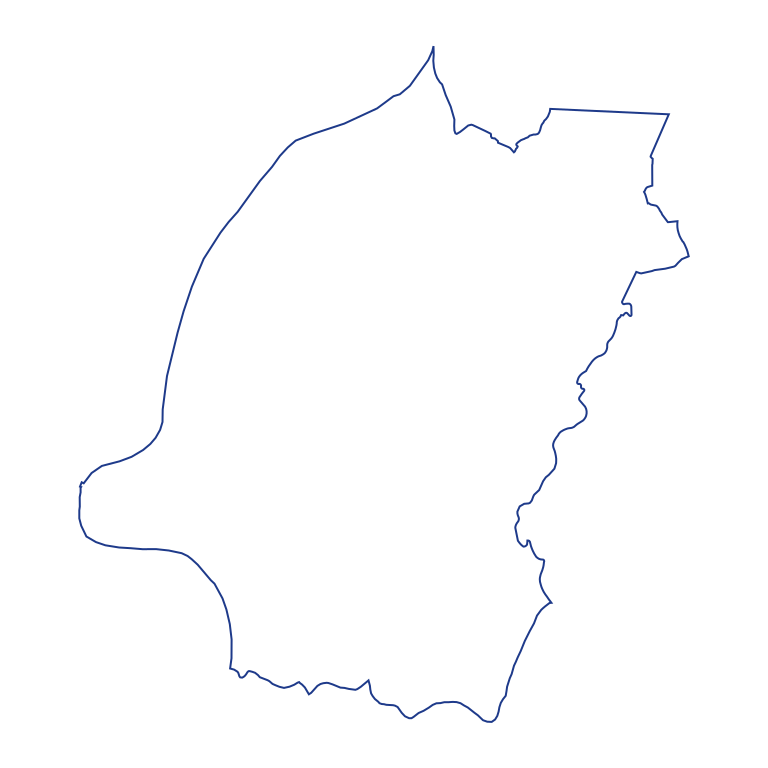 Cicuco, Bolívar, Colombia (Robinson projection)
{"feature_id": "7082276B7250300282061", "entity_name": "Cicuco", "entity_type": "district", "adm_level": 2, "iso_a3": "COL", "parent_name": "Colombia", "parent_adm1": "Bolívar", "projection": "robinson", "projection_center": [-74.658, 9.237], "detail": "fine", "context": "isolated", "style": "outline", "palette": "blue", "viewbox_px": 768, "rotation_deg": 0, "n_neighbors": 0, "source": "geoboundaries", "source_scale": "gbopen_adm2", "svg_char_len": 6087}
<svg xmlns="http://www.w3.org/2000/svg" viewBox="0 0 768 768"><path d="M551.4,602.8L548.7,599.2L547.0,596.7L545.3,594.4L543.6,591.7L542.2,588.8L541.4,586.8L540.8,584.8L540.0,581.8L539.8,579.3L539.9,577.8L540.2,576.4L540.7,574.3L542.3,570.2L543.2,567.2L543.6,565.2L544.0,561.9L544.2,561.4L544.1,560.7L544.0,560.3L543.5,559.8L543.1,559.6L540.7,559.4L539.1,558.9L537.6,558.0L536.2,556.8L534.2,553.6L532.7,550.6L531.8,548.4L531.0,546.2L529.9,541.8L529.2,540.9L528.2,540.5L527.4,540.5L527.3,542.5L527.0,544.6L526.6,545.2L525.8,545.9L524.9,546.4L523.9,546.6L523.5,546.6L523.3,546.5L522.0,545.5L520.8,544.4L519.2,542.5L517.9,540.7L515.3,527.8L515.4,526.7L515.9,525.0L516.7,523.4L518.3,521.2L518.6,520.4L518.8,519.6L518.9,518.8L518.8,518.0L518.6,517.2L517.9,515.5L517.6,514.4L517.4,513.3L517.4,511.6L519.7,506.4L524.2,503.8L528.7,503.4L530.0,502.8L531.8,500.5L533.3,496.4L534.2,494.7L539.2,490.0L543.1,481.2L545.8,477.3L548.9,474.8L554.4,468.7L556.1,463.2L556.2,460.6L556.2,458.7L555.8,455.7L555.2,452.9L554.7,451.0L553.6,448.1L553.3,447.1L553.1,445.6L553.2,444.0L553.8,442.0L554.6,440.3L556.3,437.6L558.0,435.4L558.8,433.9L559.5,433.0L560.7,431.8L563.2,430.3L564.6,429.6L567.5,428.5L569.0,428.2L570.9,428.0L571.9,427.8L572.9,427.4L573.8,427.0L574.7,426.3L575.7,425.4L577.3,424.1L582.9,420.6L584.1,419.4L585.4,417.5L586.1,415.9L586.6,413.5L586.6,411.2L586.1,408.8L585.1,406.7L579.6,400.3L579.2,399.5L579.1,398.8L579.2,397.9L579.5,397.2L581.9,393.7L584.1,390.9L584.3,390.3L584.3,389.9L584.2,389.5L583.8,389.0L583.4,388.8L582.7,388.8L582.2,388.7L581.8,388.5L581.4,388.1L581.1,387.6L581.0,387.1L581.0,386.5L581.1,385.8L581.0,385.3L580.8,384.8L580.5,384.4L580.1,384.1L579.7,383.9L578.5,384.0L578.1,383.9L577.4,383.4L577.2,382.7L577.1,382.2L577.9,379.5L578.3,378.3L578.9,377.1L579.6,376.1L580.4,375.1L581.9,373.7L583.3,372.7L586.1,371.0L587.3,368.6L588.8,366.1L592.0,361.6L593.6,359.8L595.4,358.2L597.4,356.9L598.6,356.3L601.1,355.5L602.9,354.5L604.3,353.5L605.0,352.8L605.6,351.9L606.4,350.5L606.9,348.9L607.2,347.3L607.2,344.8L607.3,343.9L607.6,343.0L608.0,342.1L608.5,341.4L611.2,338.6L612.1,337.4L613.0,335.8L614.3,332.7L615.5,329.2L616.4,325.5L616.7,323.7L616.8,322.0L617.2,320.5L617.7,319.6L618.5,318.3L619.6,317.5L620.4,316.6L621.1,315.1L622.2,315.2L623.2,315.4L624.2,314.1L625.0,313.3L625.6,312.9L626.3,312.8L626.7,312.9L627.1,313.1L629.5,315.7L629.9,315.9L630.7,316.0L631.2,315.6L631.4,315.3L631.5,314.9L631.5,314.1L631.3,306.7L631.1,305.7L630.6,304.7L629.9,304.0L629.5,303.8L629.3,303.7L627.1,303.7L625.7,303.8L624.0,304.2L623.5,304.1L622.8,303.7L622.5,303.2L622.1,302.5L622.1,301.6L636.3,271.9L639.7,273.1L641.2,273.4L651.8,271.1L654.6,270.1L665.2,268.7L674.0,266.6L674.9,266.1L675.5,265.7L678.2,262.7L681.9,259.1L688.7,256.3L687.5,251.6L686.7,249.2L685.7,246.9L684.7,244.6L683.3,242.0L682.7,241.6L680.9,238.6L679.6,236.0L678.6,233.1L677.8,230.2L677.4,227.3L677.3,224.2L677.5,221.2L669.0,222.1L667.8,222.1L662.2,214.6L661.3,212.6L660.6,211.6L659.8,210.5L659.4,209.5L658.9,208.6L657.4,206.6L656.5,205.9L655.8,205.6L650.9,204.6L649.7,203.9L648.7,203.2L647.8,203.4L646.7,199.0L645.4,194.7L644.7,193.1L644.0,191.9L644.9,190.7L645.4,189.4L645.9,188.6L646.4,187.9L647.1,187.3L647.4,187.1L652.3,185.6L652.2,164.9L652.5,163.8L652.7,158.8L651.7,158.0L650.6,156.7L650.8,155.8L668.8,114.3L550.2,108.9L549.8,111.8L547.9,116.5L546.0,119.1L544.3,120.7L543.2,122.9L542.7,123.3L541.5,125.2L540.8,127.5L540.1,130.2L539.0,132.7L537.7,134.0L535.6,134.5L533.7,134.5L529.6,135.7L527.9,137.3L525.3,138.3L524.3,138.9L523.1,139.3L520.9,140.2L517.7,142.6L516.6,143.7L516.3,144.3L516.5,145.2L517.0,145.8L517.4,146.1L517.7,146.4L517.4,147.2L517.0,147.9L516.1,148.7L514.9,151.4L513.9,152.3L510.2,148.1L508.5,147.1L498.0,142.7L497.9,141.1L494.7,138.3L493.4,138.3L491.8,137.9L491.0,136.4L491.0,134.6L490.7,133.7L485.1,130.9L472.8,125.1L471.3,124.7L468.2,125.5L463.5,129.3L460.0,132.0L456.7,133.9L455.4,133.3L454.4,130.5L454.2,126.0L454.4,119.5L450.7,106.6L445.7,95.1L442.1,84.4L439.9,82.3L437.1,78.0L435.3,73.5L433.9,67.5L433.3,60.8L433.7,54.9L433.5,46.1L432.3,51.2L428.2,60.2L409.9,85.8L399.8,94.3L393.5,96.2L377.1,108.4L344.3,123.6L313.6,133.7L295.7,140.6L287.8,147.4L279.9,155.9L272.1,166.8L259.9,181.0L237.7,211.8L228.7,221.9L220.5,232.6L203.7,258.8L191.9,286.6L183.6,311.3L177.6,332.6L167.0,376.0L162.7,409.4L162.5,422.0L160.1,429.9L155.6,437.8L150.3,444.0L143.1,450.0L131.6,456.8L119.6,461.3L101.9,465.9L91.6,473.0L83.7,483.3L81.7,482.3L80.0,486.6L81.1,487.0L80.6,487.7L80.6,492.4L79.7,497.1L79.8,506.6L79.3,510.3L79.3,518.4L81.2,525.7L86.4,536.5L96.0,542.1L105.4,545.3L119.1,547.5L130.7,548.2L142.7,549.2L155.9,549.1L168.8,550.5L181.7,553.2L187.6,556.0L191.7,559.2L197.7,564.7L210.8,580.2L214.5,583.7L222.5,598.4L226.4,609.5L229.8,624.1L231.6,639.4L231.5,658.3L230.1,668.5L234.1,669.6L237.6,671.8L237.8,672.3L238.3,672.9L239.4,676.3L240.1,677.3L241.0,677.5L242.2,677.6L243.7,676.8L245.0,675.7L246.1,674.3L247.5,672.1L248.5,671.2L249.6,671.1L252.3,671.8L255.1,672.8L258.0,675.1L259.8,677.2L267.6,680.2L269.4,681.2L272.5,683.9L275.4,685.2L279.4,686.8L284.0,687.9L289.5,686.7L294.3,684.7L297.5,682.7L299.1,682.1L299.9,683.0L302.1,684.6L304.9,687.5L308.9,694.3L311.2,692.8L317.4,685.9L320.5,684.0L323.3,683.2L326.7,682.8L328.4,683.0L332.6,684.4L340.4,687.6L344.4,687.9L348.8,688.9L355.4,689.8L357.3,689.1L360.8,686.8L368.5,680.4L369.9,685.7L370.3,689.5L371.1,693.4L372.7,696.1L374.9,699.0L378.3,701.8L379.5,703.2L381.7,704.0L384.0,704.2L386.3,704.8L393.1,705.2L394.9,705.6L397.6,707.0L401.7,712.8L405.0,716.3L409.1,718.2L411.5,718.2L413.6,716.9L418.6,713.0L423.6,710.8L428.9,707.6L432.7,704.9L436.4,703.3L440.4,703.1L444.3,702.2L448.5,702.2L452.6,701.9L456.6,702.1L460.5,703.2L464.1,705.5L467.8,707.5L474.5,712.8L477.9,715.3L481.1,718.4L483.0,720.2L487.2,721.7L491.7,721.9L495.1,719.5L497.3,715.9L498.6,711.6L499.4,707.2L500.8,702.9L503.0,699.2L505.7,695.8L506.5,691.1L507.1,686.7L509.8,678.2L511.6,674.2L514.0,665.7L515.9,661.7L517.7,657.4L520.7,651.1L524.8,641.0L529.7,631.2L534.0,623.4L537.0,615.6L541.2,609.9L543.0,608.2L545.1,606.4L549.5,603.0L551.4,602.8Z" fill="none" stroke="#1e3a8a" stroke-width="2"/></svg>